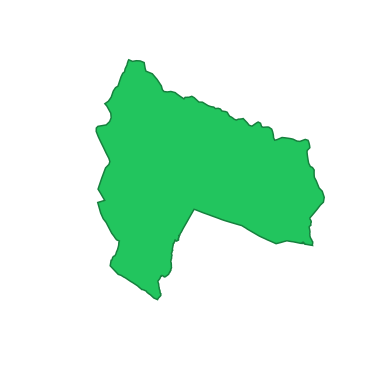 the district of Naidas, Caras-Severin, Romania, rotated 216°
{"feature_id": "2599482B94833013529411", "entity_name": "Naidas", "entity_type": "district", "adm_level": 2, "iso_a3": "ROU", "parent_name": "Romania", "parent_adm1": "Caras-Severin", "projection": "equal_earth", "projection_center": [21.557, 44.883], "detail": "fine", "context": "isolated", "style": "filled", "palette": "green", "viewbox_px": 384, "rotation_deg": 216, "n_neighbors": 0, "source": "geoboundaries", "source_scale": "gbopen_adm2", "svg_char_len": 4926}
<svg xmlns="http://www.w3.org/2000/svg" viewBox="0 0 384 384"><g transform="rotate(216 192 192)"><path d="M306.8,268.6L310.9,267.6L314.2,265.5L316.9,262.7L320.9,261.8L320.7,260.5L320.3,259.3L319.9,258.0L319.3,256.8L318.5,252.4L317.2,249.6L317.8,247.4L317.1,243.5L314.1,234.1L315.2,231.5L315.0,227.4L313.1,221.2L313.0,216.3L314.4,212.2L311.4,211.5L304.0,208.0L301.0,204.5L300.0,200.6L300.8,195.9L306.7,189.8L307.0,187.5L305.1,184.7L300.2,181.6L294.9,178.7L289.6,175.9L284.3,173.0L278.9,170.3L276.3,168.3L275.4,165.5L276.1,160.7L274.6,155.3L273.1,149.9L271.4,144.5L269.7,139.1L266.3,137.7L257.7,133.9L262.1,128.1L253.5,121.3L248.1,118.2L243.6,116.9L238.2,114.2L232.8,111.5L228.9,110.3L227.0,109.6L225.0,109.0L221.9,109.6L221.5,108.4L221.4,108.0L220.6,106.8L219.9,105.5L219.3,104.1L218.3,101.3L217.9,99.2L217.1,97.0L216.9,95.1L217.7,93.7L217.7,92.4L217.0,90.5L216.9,89.5L217.3,89.2L214.8,84.2L203.3,82.0L200.4,82.9L197.2,83.1L195.5,83.4L188.9,83.6L187.2,83.8L183.4,84.0L180.9,84.1L179.3,83.9L175.2,83.6L174.8,84.0L173.4,84.4L171.0,84.9L169.3,84.4L167.0,84.3L165.3,84.4L160.6,83.8L156.6,84.7L156.8,85.6L156.8,86.9L156.6,87.9L156.4,89.9L157.5,91.5L158.4,91.6L160.0,93.4L161.6,94.4L162.3,95.3L163.5,96.3L165.0,98.1L166.0,98.7L166.7,99.3L167.2,99.8L167.2,100.7L167.1,102.8L167.3,104.0L167.8,105.6L167.2,105.9L167.1,106.5L167.2,106.8L166.6,107.0L166.0,107.1L165.3,107.0L164.9,107.2L164.5,107.0L163.6,108.0L163.5,108.9L163.3,109.2L162.6,111.5L162.6,112.0L162.8,112.7L162.9,112.9L162.8,113.4L162.8,113.8L162.8,114.2L162.8,114.5L163.2,114.8L163.0,115.4L163.1,116.3L163.2,116.6L163.9,117.0L163.8,117.4L163.9,117.8L163.9,118.2L164.1,118.7L164.2,118.9L164.7,119.3L165.5,120.4L165.9,121.0L166.2,121.1L166.9,122.2L167.2,122.5L167.5,122.6L167.9,122.8L168.0,122.9L168.2,123.1L168.4,123.4L168.6,124.1L168.8,124.4L169.1,124.8L169.3,125.1L169.3,125.3L169.3,125.7L169.3,125.9L169.6,126.3L169.8,126.8L170.3,127.3L170.7,127.9L170.7,128.1L170.7,128.5L170.8,128.7L171.3,129.3L171.8,129.6L172.2,129.9L172.4,130.0L172.5,130.3L172.6,130.6L172.8,130.9L172.8,131.2L172.8,131.6L173.1,132.1L173.4,132.8L173.3,133.3L173.8,133.5L173.9,134.0L174.4,134.4L174.7,135.0L175.5,136.8L175.8,137.2L176.0,138.0L176.8,139.1L176.6,139.6L176.5,139.9L176.5,140.0L176.9,140.4L176.9,140.5L176.8,141.2L177.0,141.7L177.0,142.0L177.1,142.4L177.5,142.6L177.6,142.8L177.6,143.1L177.5,143.3L177.4,143.3L176.5,143.0L176.1,143.0L175.9,143.1L175.5,143.3L175.4,143.5L175.3,144.4L175.2,144.7L175.0,144.8L174.8,144.9L174.7,145.0L174.7,145.3L174.8,145.5L175.0,145.7L175.2,145.9L175.6,146.0L175.7,146.6L175.7,146.9L175.7,147.1L176.1,147.5L176.0,148.0L176.1,148.3L176.3,148.6L177.1,148.8L177.2,149.0L176.6,149.8L176.5,150.0L176.8,150.6L177.0,151.3L177.1,151.8L177.1,152.1L177.1,152.6L177.1,153.2L177.1,153.3L177.7,157.1L178.5,164.6L179.1,169.6L179.8,176.1L180.2,179.2L178.8,179.7L170.7,181.8L155.1,186.3L152.0,187.1L148.5,188.2L142.2,190.4L135.2,192.9L132.0,194.1L129.2,194.3L127.2,194.5L125.6,194.5L111.8,195.9L109.0,196.4L105.7,197.1L102.9,197.6L100.3,198.2L96.6,199.0L93.6,199.6L91.8,201.8L90.6,203.2L88.3,206.2L87.7,206.9L86.6,208.3L84.7,209.2L82.5,210.3L80.9,211.2L73.6,214.5L72.6,215.2L73.0,215.2L73.2,215.4L72.8,216.8L73.0,217.0L71.9,216.6L71.3,216.6L70.5,216.5L70.0,216.1L68.9,216.7L68.6,216.9L65.7,218.3L63.1,219.6L63.8,220.1L63.9,220.9L64.5,221.8L64.9,222.5L65.4,222.8L66.2,223.0L67.2,223.7L67.8,224.0L68.5,224.1L69.2,224.6L70.1,225.2L70.9,225.8L71.5,226.7L72.4,227.7L73.0,228.9L73.5,229.5L74.1,230.1L75.1,231.1L76.3,232.1L76.6,232.6L76.8,232.9L76.6,234.0L76.3,235.0L77.0,235.8L77.6,236.7L77.8,237.7L78.4,238.4L78.8,238.6L79.2,238.9L80.6,239.4L81.4,240.2L81.3,241.6L80.9,246.6L80.6,251.6L80.5,256.7L79.7,261.0L81.9,265.4L87.1,269.2L91.6,270.0L98.1,274.1L101.5,275.7L102.8,277.1L104.0,278.6L105.1,280.1L106.1,281.6L108.9,282.6L111.3,282.2L114.6,283.9L116.7,285.9L118.7,287.9L120.7,290.0L122.6,292.1L123.2,293.5L122.7,297.1L124.0,298.5L125.4,299.8L126.9,301.0L128.5,302.0L131.3,301.1L134.4,296.4L137.0,294.9L141.4,294.1L143.9,293.0L146.4,291.7L148.8,290.4L151.2,289.0L154.0,284.3L155.5,282.5L158.0,283.9L158.7,284.8L159.4,285.6L160.2,286.4L161.0,287.1L161.8,287.8L162.7,288.5L163.6,289.1L164.5,289.7L168.0,289.6L169.2,288.9L170.3,288.0L171.4,287.1L172.4,286.2L174.1,285.8L177.0,287.9L179.6,287.5L180.4,285.8L181.0,284.1L181.6,282.3L182.2,280.5L185.0,279.6L188.2,280.5L193.8,281.5L194.5,280.6L195.4,279.8L196.2,279.0L197.2,278.3L198.5,276.2L200.6,275.7L202.0,275.8L203.4,275.8L204.7,275.7L206.1,275.4L207.2,275.8L208.3,276.2L209.3,276.7L210.4,277.2L212.3,276.7L215.3,275.1L217.9,275.8L220.0,275.1L222.2,273.2L224.3,273.5L225.6,272.8L226.9,272.2L228.4,271.7L229.8,271.3L236.3,270.8L239.3,268.8L245.6,269.6L248.4,269.3L250.1,266.9L253.2,264.5L253.3,262.6L256.0,262.5L258.7,262.4L261.4,262.4L264.1,262.5L268.2,260.9L270.8,258.4L273.8,256.8L276.2,257.4L279.1,259.8L286.6,262.6L293.6,264.3L300.3,262.7L302.5,264.4L306.8,268.6Z" fill="#22c55e" stroke="#15803d" stroke-width="1.5"/></g></svg>